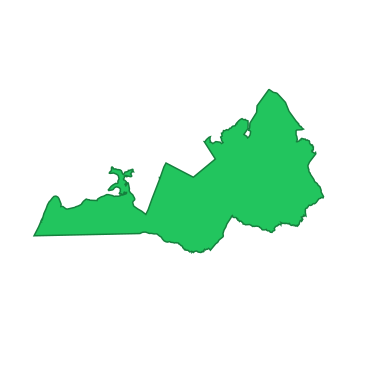 Turbana, Bolívar, Colombia, rotated 37°
{"feature_id": "7082276B59918479254924", "entity_name": "Turbana", "entity_type": "district", "adm_level": 2, "iso_a3": "COL", "parent_name": "Colombia", "parent_adm1": "Bolívar", "projection": "albers", "projection_center": [-75.462, 10.204], "detail": "fine", "context": "isolated", "style": "filled", "palette": "green", "viewbox_px": 384, "rotation_deg": 37, "n_neighbors": 0, "source": "geoboundaries", "source_scale": "gbopen_adm2", "svg_char_len": 6087}
<svg xmlns="http://www.w3.org/2000/svg" viewBox="0 0 384 384"><g transform="rotate(37 192 192)"><path d="M299.8,116.5L295.1,114.3L294.1,112.9L291.1,110.9L288.4,110.6L286.9,109.9L283.7,109.9L281.7,108.6L276.0,106.6L274.9,105.8L273.5,105.5L272.6,104.8L271.6,103.5L270.9,103.3L268.7,101.3L267.8,97.3L267.9,87.0L266.9,86.1L266.8,87.1L266.3,87.4L264.4,87.4L264.1,87.7L263.6,87.1L263.3,87.3L262.9,87.2L262.8,86.2L263.4,85.9L263.5,85.3L261.9,83.1L261.6,83.4L260.2,82.1L259.4,82.1L259.4,82.8L257.9,82.6L256.5,82.2L255.6,81.1L254.7,80.6L253.1,81.2L252.6,81.1L252.4,81.6L251.7,82.0L250.7,81.6L250.5,81.9L249.6,82.2L249.4,82.6L249.1,82.5L247.4,83.1L247.1,84.0L247.6,84.7L246.7,86.0L246.8,87.0L245.7,88.7L245.2,88.9L244.5,86.7L242.4,84.7L240.6,83.6L238.2,80.4L238.5,79.3L242.3,76.1L243.1,74.7L241.8,74.8L239.7,74.1L239.2,74.5L236.3,73.9L236.2,73.4L232.3,72.7L221.0,69.2L212.7,64.2L200.8,62.0L199.7,62.2L196.9,63.5L192.1,63.7L191.7,64.1L192.1,84.0L195.7,89.6L196.8,102.1L199.4,106.0L200.2,108.6L201.7,108.2L202.5,108.5L204.0,111.3L204.3,113.6L203.9,115.3L202.2,114.6L198.8,114.8L198.5,107.7L196.5,104.7L193.9,101.5L191.8,102.2L190.8,102.0L190.2,102.9L189.0,103.3L187.8,103.3L187.0,104.9L186.5,106.9L186.2,110.0L186.8,110.5L186.2,111.1L186.2,111.6L186.7,112.8L186.6,113.1L184.9,115.0L184.7,115.7L184.7,117.3L184.3,118.1L183.9,118.2L183.7,120.4L183.3,120.9L182.1,121.4L181.3,123.4L180.2,124.0L181.0,126.2L180.2,127.3L182.4,129.1L181.8,130.9L182.5,131.4L183.6,131.6L184.1,132.6L185.0,133.2L187.1,133.8L186.5,135.5L184.5,135.3L180.7,137.4L179.5,140.8L177.7,140.7L176.5,141.3L176.0,140.2L175.1,139.8L173.6,137.6L173.4,136.9L172.7,138.0L172.0,141.4L172.1,144.0L171.5,144.4L190.8,151.6L184.2,179.4L153.8,184.5L154.5,188.9L158.0,199.9L157.3,200.1L157.6,200.5L158.2,200.4L164.3,221.9L167.6,232.4L168.6,237.7L163.4,237.6L158.7,238.2L153.9,238.3L151.0,236.2L150.6,234.9L150.9,232.7L150.1,231.7L146.3,229.9L143.4,229.7L141.2,228.9L140.0,227.0L135.7,223.2L134.8,223.5L135.3,224.9L135.4,226.9L135.1,226.8L135.0,225.8L134.4,226.2L133.2,226.2L133.7,226.1L134.2,225.5L133.6,223.6L133.2,223.3L132.2,223.2L130.9,223.1L130.3,223.4L129.4,222.9L129.4,221.4L129.0,220.4L128.4,220.0L129.1,218.7L129.5,218.5L129.5,219.3L130.5,219.2L131.2,218.3L131.1,217.8L133.5,216.9L134.1,216.4L134.3,215.6L133.6,215.0L132.0,214.5L132.1,213.4L131.8,212.1L133.1,211.1L132.1,210.8L131.7,209.9L131.0,209.6L130.5,210.0L130.5,210.7L129.7,211.3L128.9,212.6L128.2,213.0L128.5,213.6L128.1,214.7L126.5,216.5L126.8,218.5L126.6,219.2L125.8,219.3L122.9,217.6L121.4,217.6L119.9,218.3L118.9,219.1L117.2,219.5L116.2,220.3L115.1,220.7L114.4,220.1L113.1,220.1L112.9,220.6L113.3,221.5L113.9,222.1L114.7,223.6L114.3,226.0L114.7,226.7L115.4,226.4L118.0,224.0L121.1,223.2L123.1,223.2L125.7,225.3L126.3,228.0L127.0,228.6L127.4,229.6L127.1,230.3L125.9,231.0L124.6,234.0L124.0,236.3L123.9,240.7L124.7,240.9L127.1,238.3L127.6,237.2L127.5,235.9L127.8,234.6L128.5,233.4L130.0,232.7L131.8,232.4L133.1,232.8L133.7,233.9L134.4,234.4L134.7,236.8L135.5,237.1L136.4,236.0L137.4,236.0L138.3,235.5L138.8,234.3L138.7,233.8L138.1,233.7L138.0,232.9L138.7,232.9L140.0,231.7L140.4,232.2L140.4,233.2L138.4,236.2L137.2,237.1L137.0,238.0L135.8,239.7L133.6,241.2L132.4,242.5L130.8,242.6L126.7,244.5L125.4,245.5L124.0,248.4L122.4,250.6L121.0,254.0L121.0,255.2L121.4,255.9L115.3,260.1L114.6,260.0L113.1,261.0L112.1,261.1L111.7,261.5L110.9,264.8L110.9,267.4L111.1,267.5L110.9,268.9L109.6,271.6L108.1,273.7L107.6,274.9L102.6,280.8L101.3,281.3L97.6,281.3L96.6,281.9L96.0,282.6L94.8,280.5L89.6,277.3L88.0,276.8L86.3,277.0L85.4,277.5L84.4,278.7L84.1,280.9L84.1,284.4L83.8,285.4L84.3,289.2L85.5,293.0L86.7,298.3L88.9,303.9L88.4,303.7L88.8,306.1L89.2,306.8L89.6,306.8L89.3,307.3L90.5,312.1L92.2,322.0L175.4,256.5L176.8,253.8L179.1,251.9L182.8,250.8L184.6,249.4L186.9,248.3L188.8,246.8L189.5,246.6L192.5,246.7L194.6,246.5L196.6,247.3L199.1,247.8L201.3,247.4L202.5,246.8L204.2,244.9L205.4,244.9L207.5,243.6L208.5,243.4L209.9,241.9L210.6,241.8L210.9,241.4L211.8,241.0L212.8,241.4L213.2,241.1L215.7,241.4L216.1,241.1L216.8,241.2L217.9,241.6L218.1,242.0L219.4,242.1L220.8,242.6L221.2,242.5L221.3,241.9L222.1,242.1L223.9,241.0L226.3,241.2L227.0,240.2L227.5,240.0L227.5,239.6L228.1,239.6L228.3,240.0L228.5,239.2L229.2,239.1L229.5,239.3L230.0,237.6L231.3,236.3L233.0,236.3L235.5,235.0L235.8,233.6L236.2,233.8L236.6,233.0L237.2,232.7L237.2,232.2L236.7,231.8L236.5,230.2L237.5,230.3L238.2,228.7L238.9,228.3L239.2,227.0L240.5,227.0L241.7,227.4L242.1,219.0L242.8,216.8L242.5,214.0L243.7,209.3L243.5,208.3L241.8,206.6L240.5,203.2L240.1,199.7L239.1,196.6L238.6,189.0L238.2,187.5L238.5,186.5L238.8,186.7L238.9,187.3L239.5,187.4L240.8,187.2L242.3,186.0L242.9,185.8L243.4,185.9L243.8,186.4L244.2,186.0L244.7,185.9L245.5,186.9L246.2,186.8L246.5,186.5L247.7,187.0L248.0,186.2L248.6,185.8L251.3,186.1L252.1,186.8L253.3,186.1L254.4,186.0L257.7,183.2L258.6,183.2L259.4,182.9L260.9,183.1L261.4,182.9L261.8,182.2L262.6,181.9L263.8,180.6L265.6,179.6L266.7,179.2L267.2,179.5L269.4,179.4L270.4,179.9L271.1,179.8L273.1,178.3L273.8,177.2L274.7,177.6L276.0,177.4L276.6,176.8L277.6,176.5L278.2,176.9L278.9,176.9L280.2,176.1L280.2,174.3L280.8,173.6L281.0,172.5L279.7,171.7L279.5,169.9L279.8,168.5L280.3,168.1L280.8,166.9L280.6,165.8L281.9,165.0L282.3,164.4L282.7,164.6L282.2,163.6L282.4,163.3L282.3,163.0L281.8,162.8L283.4,162.5L284.4,161.5L285.3,161.3L285.3,160.9L286.3,160.2L287.4,159.8L287.7,159.3L288.6,159.2L288.8,158.5L290.2,159.0L291.3,158.9L292.1,158.4L292.3,157.7L293.1,157.2L293.7,157.0L293.9,157.3L294.2,156.9L294.8,156.9L295.0,156.5L295.4,156.7L295.9,156.3L295.7,155.9L296.0,155.3L296.8,155.6L296.9,153.2L296.3,152.0L295.7,149.5L296.4,148.9L297.1,149.4L297.2,148.7L297.0,148.0L296.5,148.0L296.3,147.4L296.6,147.0L295.4,146.7L295.2,146.1L294.6,146.1L295.1,145.3L295.6,143.6L295.4,143.3L295.7,143.3L296.1,143.7L296.3,142.7L297.4,142.6L294.6,139.9L293.8,138.6L293.2,138.1L292.8,136.9L292.9,136.3L293.6,135.5L293.4,132.1L294.9,131.3L295.6,130.0L295.7,128.8L296.0,128.1L297.0,127.6L297.5,125.6L297.4,121.2L298.5,119.5L298.4,118.6L300.2,117.8L299.8,116.5Z" fill="#22c55e" stroke="#15803d" stroke-width="1.5"/></g></svg>